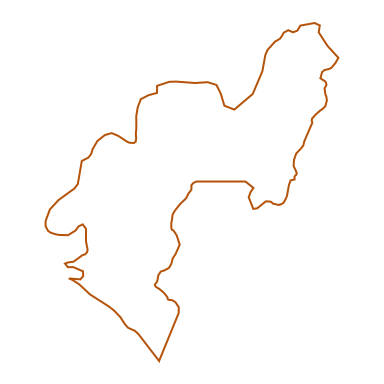 outline of Ondo
{"feature_id": "NGA-2853", "entity_name": "Ondo", "entity_type": "State", "adm_level": 1, "iso_a3": "NGA", "parent_name": "Nigeria", "parent_adm1": "", "projection": "orthographic", "projection_center": [5.19, 6.813], "detail": "fine", "context": "isolated", "style": "outline", "palette": "amber", "viewbox_px": 384, "rotation_deg": 0, "n_neighbors": 0, "source": "natural_earth", "source_scale": "10m", "svg_char_len": 2150}
<svg xmlns="http://www.w3.org/2000/svg" viewBox="0 0 384 384"><path d="M159.1,361.0L138.5,334.2L134.9,330.8L128.1,327.8L124.9,324.2L120.4,317.2L114.3,310.8L108.9,306.5L95.8,298.1L90.0,294.4L79.2,284.3L72.5,280.0L69.7,278.7L69.9,278.5L80.4,279.4L83.2,276.1L83.0,271.3L73.2,267.1L68.0,267.2L65.0,263.6L67.8,262.5L73.5,261.7L82.4,255.2L85.2,254.3L87.1,252.1L87.6,249.7L86.0,241.5L86.0,228.9L82.7,224.4L78.4,226.5L75.6,230.5L68.0,235.2L58.9,234.9L56.0,234.4L50.5,232.6L48.1,230.9L45.6,226.3L45.6,221.0L49.9,209.4L58.6,200.0L74.4,188.5L77.8,184.1L81.8,161.0L88.5,157.5L91.3,153.7L92.6,149.2L97.4,141.0L104.8,135.1L111.7,133.1L118.3,135.9L127.1,141.7L129.3,142.7L133.9,143.0L135.7,141.7L136.2,137.9L135.8,133.8L136.3,129.1L136.3,115.8L137.7,107.4L140.8,99.2L148.5,95.2L157.0,92.9L157.1,85.8L169.4,81.8L176.0,81.6L195.1,83.0L207.6,82.2L216.4,84.9L220.7,93.5L224.4,105.7L234.3,109.6L252.7,94.0L262.3,71.5L265.4,54.8L267.7,49.7L275.2,41.5L279.9,38.8L282.0,35.9L283.7,32.7L288.2,30.2L293.0,32.3L297.4,30.6L300.4,25.6L314.5,23.0L319.8,25.4L318.7,32.3L327.5,45.9L338.4,57.8L335.3,63.2L331.3,67.9L329.1,68.9L324.4,70.1L322.1,72.1L320.4,78.3L325.6,81.7L326.5,84.7L324.6,88.5L325.3,94.0L326.3,96.5L326.9,100.4L325.3,106.2L322.9,108.7L320.1,110.6L315.8,114.4L312.0,118.7L311.8,121.0L312.3,122.8L304.3,141.3L303.3,145.5L300.9,148.6L296.2,153.5L294.0,159.9L293.6,166.0L296.1,171.3L296.8,173.5L296.0,175.1L295.3,175.5L294.5,176.7L294.6,179.4L290.6,180.4L289.0,184.8L286.9,196.1L286.0,198.4L283.6,202.7L281.7,204.0L278.7,205.0L273.1,203.7L270.9,201.7L265.9,201.3L257.2,208.3L253.3,208.9L248.7,197.3L250.5,192.3L253.4,187.9L245.4,181.5L196.4,181.5L193.5,182.9L191.4,185.2L191.4,189.7L188.5,193.5L186.2,198.2L180.0,204.2L174.6,211.0L172.6,214.7L171.9,220.4L171.3,222.9L171.3,228.4L172.1,229.9L173.6,230.6L176.7,235.4L179.7,244.7L175.6,254.0L172.7,258.4L171.4,263.6L169.0,267.9L164.6,270.3L160.7,271.6L158.3,275.3L157.4,280.5L156.4,282.7L155.2,283.9L154.9,285.2L155.9,286.9L159.4,289.0L163.7,292.6L167.3,297.0L167.8,299.3L169.5,300.0L171.5,300.0L173.7,301.0L175.6,302.4L178.8,307.4L178.7,313.0L159.2,360.7L159.1,361.0Z" fill="none" stroke="#b45309" stroke-width="2"/></svg>